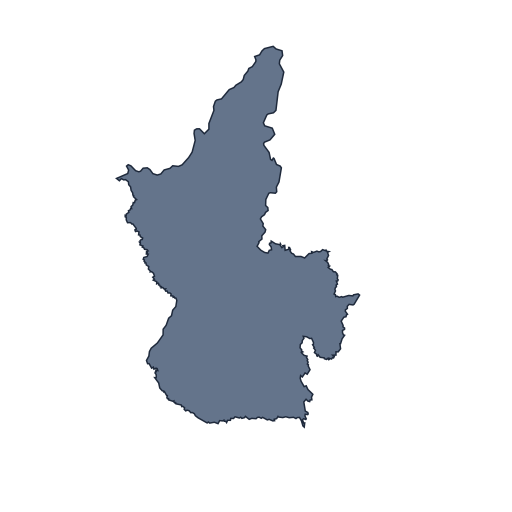 Santa Isabel do Rio Negro, Amazonas, Brazil, rotated 135°
{"feature_id": "56859067B13835224033423", "entity_name": "Santa Isabel do Rio Negro", "entity_type": "district", "adm_level": 2, "iso_a3": "BRA", "parent_name": "Brazil", "parent_adm1": "Amazonas", "projection": "robinson", "projection_center": [-65.415, -0.252], "detail": "fine", "context": "isolated", "style": "filled", "palette": "slate", "viewbox_px": 512, "rotation_deg": 135, "n_neighbors": 0, "source": "geoboundaries", "source_scale": "gbopen_adm2", "svg_char_len": 6167}
<svg xmlns="http://www.w3.org/2000/svg" viewBox="0 0 512 512"><g transform="rotate(135 256 256)"><path d="M344.4,308.0L345.9,306.6L344.4,306.1L344.3,305.4L345.3,304.4L344.7,303.5L345.4,302.0L344.7,301.4L345.6,300.5L344.2,299.7L344.3,297.7L343.2,296.7L344.2,296.5L344.7,295.0L343.6,294.0L344.4,292.1L343.0,290.7L342.9,289.1L344.4,288.1L343.0,286.4L343.8,285.4L342.8,284.8L343.2,283.8L342.4,282.8L343.4,280.6L348.5,276.9L353.2,276.6L358.0,273.5L361.7,273.8L368.6,270.5L373.4,269.9L377.5,265.9L387.3,264.2L395.3,264.9L398.9,263.8L402.5,261.0L407.3,259.6L408.8,256.5L407.7,255.5L409.1,250.5L407.2,250.0L408.2,248.2L406.0,247.4L405.5,246.3L406.4,244.5L406.8,245.2L408.1,244.9L407.7,245.8L410.1,244.7L410.4,242.8L412.1,240.9L412.7,240.6L413.6,241.6L414.6,235.0L417.4,230.7L417.6,226.9L416.7,225.7L417.3,224.9L416.7,224.6L417.8,220.6L417.4,220.0L419.2,218.8L419.5,217.7L418.7,217.0L419.5,216.0L417.4,211.9L416.5,211.6L417.3,210.8L417.2,208.8L416.6,208.9L417.0,207.9L414.2,203.6L415.0,202.0L414.1,201.5L413.8,199.2L415.2,198.4L415.2,196.1L413.8,195.8L412.7,193.9L412.9,191.3L411.7,190.3L411.1,188.1L411.8,186.0L411.4,182.6L408.6,172.5L407.1,172.3L406.9,170.6L403.0,167.9L401.4,164.3L398.1,165.3L396.2,163.0L394.7,162.6L395.3,161.6L394.3,160.5L394.6,159.0L392.3,159.9L390.3,157.9L388.7,159.0L386.8,157.0L384.5,157.1L382.3,153.2L380.8,152.8L380.8,151.2L378.4,149.8L376.9,150.1L376.3,145.3L373.8,144.2L371.0,140.9L369.2,140.9L367.8,139.9L367.0,137.5L365.4,137.2L363.9,132.1L362.2,131.2L360.7,127.5L359.3,126.4L358.6,127.7L356.4,126.4L353.9,127.0L354.0,126.3L351.3,122.8L348.6,121.3L346.9,118.2L343.5,115.4L342.7,112.8L341.1,112.6L339.4,111.1L340.4,107.4L343.0,102.6L342.9,100.9L339.6,103.5L340.4,104.1L339.0,107.3L337.4,107.3L336.4,105.2L335.6,105.3L334.5,108.3L333.1,109.3L331.6,107.3L330.8,107.4L330.0,108.7L330.8,111.5L325.4,119.0L321.9,119.3L321.9,116.7L321.0,115.1L319.5,115.9L318.2,114.8L316.5,117.0L313.6,118.0L313.7,124.9L312.3,128.7L314.3,129.6L312.7,135.5L311.2,138.3L309.0,139.9L308.8,137.7L304.0,138.6L303.4,136.2L298.2,137.4L296.9,141.2L295.8,142.1L296.1,143.3L294.2,144.1L293.9,145.7L292.6,146.2L292.1,148.5L290.7,149.1L292.2,151.6L292.3,154.8L292.1,155.7L290.7,155.1L291.0,156.7L290.0,157.4L289.8,159.9L287.2,162.1L284.8,162.0L283.0,163.5L280.3,163.9L279.4,165.8L277.3,163.1L276.3,159.5L274.9,158.5L276.5,154.2L278.0,152.9L278.7,153.2L279.4,150.1L280.3,150.1L280.6,147.3L283.0,146.4L282.6,143.7L283.6,142.4L283.4,141.7L281.9,142.1L282.3,139.0L279.8,135.8L280.3,135.0L279.3,133.0L277.9,133.0L277.9,131.2L277.1,131.1L276.6,132.0L275.4,129.7L273.6,130.1L273.2,129.1L271.7,129.6L271.9,131.6L269.5,129.4L267.2,131.7L265.7,130.1L261.8,130.6L258.7,134.7L258.2,134.2L253.6,136.6L249.4,137.3L249.9,138.4L249.2,140.4L247.5,142.2L245.3,141.5L244.3,142.4L244.6,144.4L243.5,145.3L241.8,149.7L237.2,150.6L235.3,149.4L233.7,150.4L232.5,150.1L231.9,153.8L230.8,154.7L228.5,154.3L227.0,155.9L224.4,156.0L222.0,152.8L220.8,152.5L210.4,155.1L210.6,157.0L214.5,159.6L215.7,159.3L218.3,162.5L223.9,165.6L224.1,166.7L226.4,167.9L227.1,170.3L228.3,170.9L227.2,172.5L227.7,173.9L224.5,175.1L223.8,176.6L222.2,177.5L220.8,177.4L219.9,178.8L218.3,178.5L216.9,181.5L215.9,180.6L214.8,181.0L214.6,182.4L211.8,184.6L212.2,185.6L211.3,186.0L211.1,188.6L212.4,190.2L211.9,192.8L212.7,193.9L213.1,196.8L211.1,196.8L211.7,198.0L210.7,198.5L209.9,200.7L210.1,203.5L209.4,202.6L208.2,202.7L208.1,203.8L204.3,205.1L202.9,208.0L201.4,207.6L202.6,209.1L202.3,210.7L203.1,210.6L204.4,213.4L207.1,213.5L208.6,214.4L209.5,216.4L212.7,217.8L213.6,219.7L214.5,218.4L216.8,220.2L223.0,220.2L224.5,223.8L228.5,227.8L228.1,230.9L228.9,232.8L228.3,235.7L227.2,235.9L226.3,238.3L226.8,238.9L227.8,237.5L231.4,239.4L228.2,243.2L229.7,244.3L230.2,243.3L231.8,243.6L231.3,246.2L230.3,246.6L230.1,247.4L230.9,246.8L233.6,250.9L234.7,255.8L236.1,254.6L237.4,255.4L238.5,254.6L238.8,251.8L240.6,249.4L242.6,250.6L245.5,249.6L247.4,252.4L248.5,256.7L248.4,262.1L244.4,263.3L243.9,264.2L239.8,263.8L237.6,266.2L232.7,266.5L230.5,267.8L230.0,272.3L228.0,273.8L226.7,279.1L224.3,279.8L220.8,279.2L218.4,280.1L215.3,279.6L213.4,281.9L213.5,284.9L209.1,289.0L202.6,291.3L201.1,290.6L197.9,286.7L195.9,286.8L192.9,290.3L187.4,292.1L175.7,300.4L175.3,302.5L176.8,306.2L174.3,312.2L174.5,313.0L177.1,312.3L177.4,314.0L173.5,320.0L172.2,328.7L171.0,330.2L169.5,330.5L164.0,328.2L156.7,328.8L154.1,334.9L157.8,341.9L156.6,345.0L148.6,348.1L146.8,347.8L142.4,344.9L138.9,344.9L124.2,356.5L116.6,359.7L106.3,366.4L103.6,375.4L100.7,377.7L95.4,378.9L92.5,382.7L95.4,388.2L95.6,392.1L103.4,396.7L106.7,396.8L111.2,395.7L115.9,398.0L117.3,394.8L118.7,393.6L124.7,392.5L128.5,393.7L131.0,392.5L136.6,392.0L140.3,389.8L143.3,389.5L149.5,391.0L152.4,390.7L157.3,392.6L169.3,391.5L173.3,394.0L175.3,394.2L180.4,391.7L182.8,388.7L195.6,383.0L199.6,379.0L206.1,379.0L206.0,385.9L208.1,387.9L210.6,388.5L213.2,386.4L217.3,380.7L227.7,374.6L234.1,373.2L243.8,372.7L247.5,374.2L251.1,378.7L254.8,378.8L260.1,381.8L265.3,381.3L268.6,383.1L270.7,387.2L269.9,392.1L270.5,395.2L273.7,397.9L277.7,397.6L279.3,398.4L280.8,401.4L280.7,408.2L281.8,410.9L284.0,411.1L285.3,406.8L288.4,405.0L299.8,409.5L299.4,405.8L296.5,405.9L295.7,403.3L294.3,402.3L293.7,398.8L295.6,396.4L295.8,393.6L297.9,390.7L298.6,387.8L300.0,386.1L299.8,385.2L300.7,384.6L300.6,380.3L301.9,380.9L304.2,379.6L305.0,380.6L307.2,379.1L309.3,379.3L310.4,377.5L311.0,378.3L312.4,377.6L314.2,378.2L315.0,376.8L318.1,377.3L319.2,376.4L319.7,377.3L320.8,376.2L320.4,375.0L322.2,373.3L323.3,370.4L321.1,368.3L321.2,366.4L320.4,365.7L321.2,360.1L321.7,359.6L322.9,360.2L323.7,359.3L323.8,358.3L322.5,357.9L321.7,355.8L324.1,354.0L323.2,352.8L324.1,351.5L323.4,348.9L324.7,348.1L325.6,348.8L327.2,348.8L327.9,347.7L328.6,348.2L328.8,346.7L330.2,346.0L328.9,343.0L330.1,342.7L329.5,341.1L330.1,339.6L328.5,337.5L328.7,335.9L330.2,336.6L331.7,335.3L330.7,335.1L331.7,334.2L331.0,333.5L333.3,332.6L336.4,334.3L338.1,333.4L337.7,332.1L338.9,331.3L338.7,330.2L339.4,329.7L338.7,329.0L339.9,327.3L339.3,324.4L341.3,322.9L341.4,319.8L342.0,319.6L340.9,318.6L340.7,316.2L342.1,313.5L344.0,314.0L344.2,311.4L345.7,311.6L344.4,308.0Z" fill="#64748b" stroke="#1e293b" stroke-width="1.5"/></g></svg>